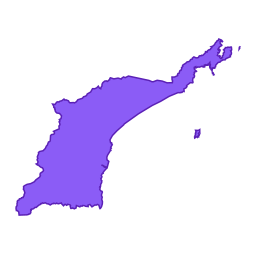 outline of Kusapín, Ngöbe Buglé, Panama, rotated 96°
{"feature_id": "35544464B37118693502086", "entity_name": "Kusapín", "entity_type": "district", "adm_level": 2, "iso_a3": "PAN", "parent_name": "Panama", "parent_adm1": "Ngöbe Buglé", "projection": "natural_earth1", "projection_center": [-81.617, 8.861], "detail": "fine", "context": "isolated", "style": "filled", "palette": "violet", "viewbox_px": 256, "rotation_deg": 96, "n_neighbors": 0, "source": "geoboundaries", "source_scale": "gbopen_adm2", "svg_char_len": 5700}
<svg xmlns="http://www.w3.org/2000/svg" viewBox="0 0 256 256"><g transform="rotate(96 128 128)"><path d="M112.1,205.5L114.1,204.1L115.4,203.9L115.8,202.8L116.9,202.9L117.4,202.3L118.5,202.3L119.7,201.4L120.5,200.4L120.7,197.6L122.8,195.4L125.7,195.6L126.8,197.2L128.1,196.4L129.1,197.2L130.1,196.5L131.9,196.0L133.3,196.9L136.0,196.3L139.1,201.7L139.7,200.9L141.1,200.6L142.0,201.3L142.5,203.3L143.6,204.2L148.9,204.0L149.8,204.6L150.2,205.6L153.6,206.5L154.5,207.3L157.0,208.1L159.5,210.1L160.6,213.4L161.7,214.5L162.8,214.2L166.2,215.2L167.8,214.5L168.7,215.1L169.8,214.8L170.5,214.1L171.8,214.0L172.9,214.4L173.4,215.5L174.3,214.2L174.3,213.0L175.2,212.1L176.3,210.2L176.5,208.9L177.8,208.0L179.2,207.6L180.2,208.2L182.2,210.5L184.0,210.6L184.6,210.1L186.1,210.8L189.2,214.2L191.3,215.6L193.5,219.0L194.6,222.5L196.4,225.2L197.3,225.8L198.8,225.4L199.7,225.7L201.0,224.7L203.3,223.8L205.2,224.4L206.4,224.3L207.2,225.0L208.1,225.0L208.5,226.6L209.4,227.1L209.8,228.6L211.0,228.9L211.4,229.8L212.4,230.5L213.6,230.2L214.4,230.5L216.7,230.2L218.1,231.0L220.0,230.9L221.8,230.4L221.7,229.5L222.9,227.9L226.0,227.2L224.9,219.4L224.3,217.8L223.8,217.5L223.8,216.7L222.4,215.8L220.8,216.1L220.3,215.7L219.6,216.2L219.2,216.1L218.8,215.6L219.1,215.3L218.7,215.0L218.1,213.4L216.7,212.3L216.6,211.0L214.0,208.6L213.3,207.3L212.3,206.9L212.4,205.9L211.4,205.4L211.7,204.0L211.0,202.5L211.9,200.5L211.7,199.5L212.7,197.3L211.1,195.3L211.1,194.4L210.6,194.0L210.9,192.0L210.2,191.2L210.7,189.5L209.6,186.4L210.4,186.0L212.1,184.0L210.6,182.9L210.5,182.2L211.3,181.1L210.8,180.3L210.2,180.1L210.5,177.7L211.0,177.1L211.9,177.3L213.9,176.5L213.8,175.4L213.3,174.6L214.0,173.0L213.0,171.3L210.5,171.2L211.5,167.6L210.6,167.1L210.5,165.3L209.8,164.9L209.8,163.1L210.3,162.1L210.3,159.4L208.9,159.7L208.0,157.9L210.2,155.6L208.1,153.0L208.0,151.5L207.2,150.5L207.8,148.9L210.5,147.8L211.1,147.4L210.8,147.0L209.0,146.1L206.2,145.6L203.9,145.7L201.6,146.7L199.4,146.4L198.4,147.2L196.8,147.3L194.4,146.8L193.7,147.2L193.5,148.3L192.3,149.5L192.6,149.7L189.8,149.4L189.5,150.7L189.6,149.8L188.9,149.2L187.0,149.3L185.1,148.5L183.1,148.5L182.8,149.1L181.1,149.7L181.1,149.4L179.2,148.8L178.0,149.6L176.3,149.0L175.7,148.0L175.2,148.3L173.1,147.1L170.1,144.9L169.4,145.7L169.4,147.4L168.1,148.7L167.8,150.6L167.7,149.3L168.3,148.2L169.2,147.4L169.1,146.6L168.9,147.0L168.3,147.6L169.0,146.8L169.0,145.6L169.6,144.6L163.2,143.6L161.8,145.6L159.2,146.0L157.2,145.5L152.2,143.1L152.1,142.7L150.9,143.3L149.8,142.5L149.0,143.2L146.3,141.9L145.7,142.6L145.6,142.3L144.5,142.7L144.2,143.9L141.7,144.7L137.1,142.7L131.8,138.6L125.3,132.6L124.4,132.2L112.8,119.1L103.0,106.2L98.1,98.4L92.2,90.4L87.6,82.0L87.5,79.8L86.9,78.8L87.1,78.2L85.7,76.8L85.8,76.0L83.3,76.5L82.1,74.6L80.7,73.7L80.1,74.2L79.5,74.0L76.4,70.8L76.3,68.4L75.7,68.1L74.0,68.7L72.3,68.7L71.2,68.4L71.0,67.6L69.3,67.2L68.0,68.2L67.2,67.6L66.1,67.9L65.9,67.5L65.5,67.8L64.3,66.6L64.8,65.2L63.0,67.8L62.5,68.1L61.2,67.5L61.3,68.4L60.7,68.4L60.0,67.2L60.7,67.2L61.0,66.5L60.4,66.3L60.4,65.4L60.0,65.1L60.0,63.3L58.8,60.8L59.1,60.4L58.9,59.8L59.4,59.8L59.5,59.2L59.3,58.4L58.8,58.7L58.2,58.6L58.2,58.2L57.4,58.4L57.6,57.4L56.9,57.3L57.0,56.6L57.4,56.5L57.3,55.6L56.7,55.4L57.0,54.3L56.4,54.2L56.0,54.6L55.8,54.0L55.2,54.1L54.3,53.5L56.0,53.2L56.2,52.7L57.2,52.7L57.7,53.2L58.9,53.1L59.3,52.9L58.8,52.7L58.9,52.2L61.3,51.5L62.0,50.4L59.6,50.2L59.2,49.8L59.4,49.0L58.0,47.3L56.3,47.3L53.4,45.2L52.8,43.3L51.9,42.8L50.4,40.6L50.0,38.4L48.8,37.9L46.4,33.6L45.0,34.1L44.6,33.3L43.4,32.9L42.0,33.1L40.5,34.0L40.3,33.3L39.2,33.1L36.8,33.6L36.6,33.9L37.2,35.6L37.1,37.2L37.6,37.6L37.8,39.5L38.2,39.4L40.3,41.2L40.9,40.3L42.7,40.1L43.6,41.1L44.5,40.8L45.6,40.9L46.4,41.7L47.7,41.4L48.1,42.2L49.1,42.1L49.2,43.2L48.1,44.2L47.0,43.7L46.4,44.3L47.1,45.0L46.5,46.7L44.3,46.1L43.7,46.4L43.7,45.3L40.9,44.5L40.3,45.1L41.2,46.1L40.3,46.8L37.9,45.6L36.1,43.3L35.3,43.7L34.5,45.1L32.2,45.5L31.8,44.5L32.5,43.4L32.0,43.0L30.8,44.2L30.0,47.0L31.5,47.5L32.1,48.7L33.2,49.0L33.8,49.8L36.1,50.7L37.9,52.5L38.4,53.8L38.8,53.0L39.4,53.1L40.3,54.1L40.9,54.1L41.7,54.9L41.6,55.4L42.1,56.2L43.6,57.5L44.1,57.2L44.4,57.5L44.0,58.9L45.3,59.0L47.6,60.9L48.1,61.6L48.0,62.5L48.6,62.9L48.6,64.1L49.2,64.9L50.4,65.2L51.0,66.5L51.1,67.8L50.4,69.9L51.8,71.3L52.7,71.3L53.4,72.9L54.8,73.5L55.6,74.4L56.1,76.2L57.6,77.4L59.5,79.9L60.5,80.3L61.1,80.0L62.5,81.1L63.4,80.8L65.1,81.3L65.1,81.9L65.8,82.5L68.2,82.9L68.6,84.0L69.9,84.4L70.7,84.1L72.5,87.2L72.7,89.6L75.5,89.2L76.3,88.6L78.3,88.6L79.0,93.9L77.8,98.7L77.5,104.0L79.3,107.6L79.5,108.9L78.5,112.1L76.3,133.0L78.2,136.0L77.7,137.8L79.2,139.5L80.0,139.8L79.4,143.1L80.6,147.2L79.9,150.7L80.4,151.2L81.9,151.3L82.4,152.2L83.7,153.1L83.9,153.6L83.4,154.3L83.8,156.1L85.6,157.8L87.2,158.4L89.0,158.3L90.6,159.2L91.8,159.2L91.4,160.5L89.5,161.9L91.2,163.2L92.4,165.1L92.6,167.4L96.1,168.9L98.4,172.1L99.5,172.4L100.7,173.4L101.6,175.5L103.2,176.4L105.1,180.8L107.3,182.1L108.6,183.8L108.4,185.0L109.0,188.4L108.4,189.3L107.2,190.0L106.5,192.5L106.8,193.8L105.9,194.7L107.8,196.7L108.5,198.6L109.3,199.3L109.3,200.7L109.8,201.7L112.2,203.0L112.1,205.5ZM124.6,56.2L122.1,56.5L122.7,57.2L123.1,58.4L123.2,60.6L124.8,59.9L125.5,60.3L126.7,60.1L126.8,60.4L127.9,60.2L128.5,60.6L129.3,60.4L129.9,60.9L131.0,60.6L129.4,58.6L129.8,58.1L129.3,58.1L129.4,57.5L129.0,57.8L128.9,57.5L129.4,57.4L129.4,57.1L128.3,57.1L128.3,56.6L127.1,56.3L127.4,56.6L126.0,57.4L124.6,56.2ZM66.3,48.6L66.0,48.0L65.0,48.7L65.5,48.9L66.3,48.6ZM63.6,50.0L64.4,49.8L64.0,49.4L63.6,50.0ZM37.9,25.7L37.2,25.3L36.9,25.7L37.9,25.7ZM35.8,25.2L34.9,25.0L36.0,25.4L35.8,25.2ZM59.5,48.4L59.4,48.0L59.0,48.1L59.0,48.3L59.5,48.4Z" fill="#8b5cf6" stroke="#5b21b6" stroke-width="1.5"/></g></svg>